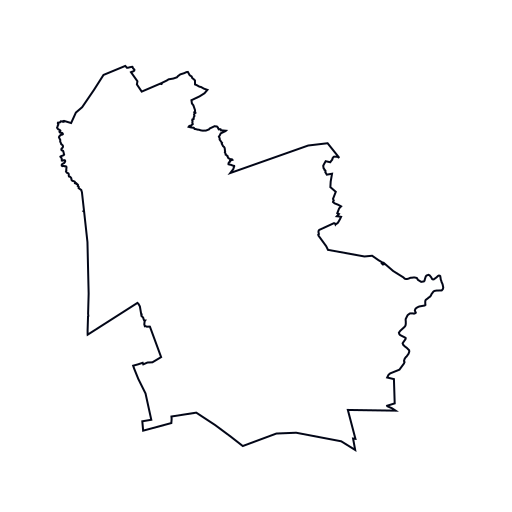 Rayón, San Luis Potosí, Mexico, rotated 263°
{"feature_id": "50627088B63046987106360", "entity_name": "Rayón", "entity_type": "district", "adm_level": 2, "iso_a3": "MEX", "parent_name": "Mexico", "parent_adm1": "San Luis Potosí", "projection": "natural_earth1", "projection_center": [-99.555, 21.802], "detail": "fine", "context": "isolated", "style": "outline", "palette": "ink", "viewbox_px": 512, "rotation_deg": 263, "n_neighbors": 0, "source": "geoboundaries", "source_scale": "gbopen_adm2", "svg_char_len": 6025}
<svg xmlns="http://www.w3.org/2000/svg" viewBox="0 0 512 512"><g transform="rotate(263 256 256)"><path d="M410.5,88.7L413.5,81.9L413.4,81.2L412.7,81.3L412.7,80.9L413.5,78.8L412.8,78.0L412.4,77.4L412.5,75.7L412.1,75.5L411.5,75.5L411.1,75.7L410.4,75.8L409.7,75.2L408.2,74.6L407.6,74.2L406.8,74.5L405.6,75.4L405.2,76.4L404.3,77.1L403.6,76.8L403.2,76.1L402.6,76.3L402.2,76.9L401.8,78.5L401.4,78.7L401.1,79.1L400.4,79.1L400.1,78.5L399.9,76.7L399.4,76.3L399.1,75.7L398.5,75.2L397.9,74.9L396.2,75.4L395.5,75.8L394.6,75.8L393.4,75.6L391.3,76.3L390.7,76.3L390.2,76.9L389.5,77.5L388.7,77.8L387.8,77.7L387.0,77.1L386.3,76.2L385.8,75.8L385.1,75.8L384.6,76.0L383.9,77.3L383.3,77.5L380.0,77.9L379.5,77.3L379.2,76.3L378.9,74.9L378.5,74.0L378.0,74.1L377.4,74.6L376.6,75.0L374.4,74.9L374.2,75.7L374.5,76.6L374.4,77.7L374.1,78.1L373.4,78.2L372.6,77.8L372.1,77.3L371.7,77.0L370.9,75.0L370.6,74.6L370.2,74.3L369.4,74.2L368.8,74.7L368.8,75.8L368.7,76.5L368.3,77.1L368.3,78.0L367.9,78.6L367.0,78.7L364.9,78.2L364.0,78.2L363.3,77.7L362.6,77.9L361.7,78.4L360.9,79.8L360.2,80.1L359.5,80.1L358.5,79.9L357.7,80.1L357.3,81.1L356.4,81.8L355.8,82.1L354.0,82.2L353.4,82.5L352.9,83.1L352.5,84.1L351.9,85.1L351.0,85.5L350.3,85.2L350.1,85.5L350.1,86.5L349.3,86.7L349.1,87.4L348.2,88.0L347.2,87.6L346.7,88.2L346.2,88.5L345.0,88.2L342.8,90.6L340.4,91.0L321.8,90.8L321.5,90.2L320.8,90.8L290.3,90.4L239.0,85.3L219.1,82.3L216.9,82.3L216.7,82.2L216.5,81.9L215.7,81.8L202.8,79.8L198.5,79.3L198.4,79.3L223.9,132.6L222.6,133.6L220.1,134.6L211.7,135.0L211.7,135.3L210.5,135.0L208.6,136.5L207.2,136.7L205.8,137.1L205.6,137.5L205.5,138.1L204.8,137.5L201.8,136.8L199.9,137.1L200.0,137.5L199.2,138.9L199.0,140.5L199.0,141.3L198.8,142.1L167.2,149.5L163.1,140.2L163.5,135.3L162.2,130.9L163.8,130.5L162.8,125.5L162.1,120.7L159.2,121.3L148.3,124.2L133.0,129.6L106.2,132.1L105.8,123.0L96.4,122.7L100.5,151.6L104.5,152.4L107.0,152.5L107.8,177.6L93.3,194.7L79.6,209.1L69.0,219.7L77.3,254.6L75.7,274.3L61.7,318.0L51.4,330.8L63.0,330.1L62.4,332.4L92.0,328.4L85.5,375.7L88.3,372.4L90.9,368.0L91.4,367.9L92.8,375.7L117.0,377.9L119.4,371.4L121.7,372.9L122.0,373.2L123.1,374.8L125.7,384.5L131.2,389.7L131.3,389.7L132.6,390.5L133.7,390.1L134.3,390.3L136.0,391.1L137.5,392.5L137.8,393.1L140.4,395.5L142.5,396.5L143.8,396.5L146.5,394.4L148.4,392.4L149.2,391.9L149.8,391.3L151.5,390.9L152.8,392.0L155.1,394.1L155.7,394.5L156.5,394.5L157.3,393.4L159.3,390.4L160.2,389.2L161.1,388.7L162.5,388.5L164.2,390.1L167.4,394.6L168.0,395.3L168.8,395.9L170.4,396.4L173.0,396.7L174.0,396.7L175.2,396.9L178.1,398.8L178.9,399.4L180.2,401.7L180.2,402.2L179.9,404.7L179.5,405.8L179.7,406.2L179.7,406.7L180.0,407.5L180.3,407.7L182.4,407.0L183.4,407.4L184.3,408.0L185.0,409.1L185.7,410.8L186.0,412.0L186.3,417.4L186.8,418.2L188.2,418.2L190.5,418.5L191.3,418.8L191.8,419.2L193.2,421.7L193.7,422.2L194.1,423.3L195.3,424.7L196.7,425.5L199.0,427.7L199.4,428.4L199.6,429.2L199.7,431.0L199.2,436.1L199.4,436.4L200.5,437.5L201.9,438.0L204.7,437.8L205.8,437.6L207.6,437.0L208.6,436.9L210.1,436.5L211.7,436.5L213.6,436.4L214.1,435.9L214.3,435.0L214.0,434.2L212.7,432.4L211.1,429.5L211.2,428.7L211.7,428.0L213.5,427.3L215.6,426.0L216.3,424.9L216.1,424.2L216.0,423.4L215.7,422.7L215.0,422.0L212.2,420.7L211.0,420.3L210.3,419.5L210.2,416.8L212.5,413.9L214.6,412.9L215.4,410.7L215.5,409.3L215.4,408.0L215.6,407.3L215.4,406.0L215.1,405.2L214.8,403.7L214.8,402.6L215.1,401.3L215.5,400.7L216.8,399.7L224.3,390.4L233.2,382.3L232.2,381.9L232.1,380.9L233.4,379.9L234.2,380.6L236.9,377.1L242.1,371.3L242.3,363.6L253.2,328.6L253.3,328.2L257.1,326.9L268.6,320.5L269.6,320.4L270.1,321.1L272.3,320.9L273.5,321.3L274.2,322.0L279.1,337.4L278.8,338.1L278.4,338.3L278.2,338.7L277.6,338.8L277.8,339.0L278.7,341.0L280.1,342.2L282.4,343.9L284.5,345.2L285.0,343.7L285.6,341.1L287.6,343.4L288.6,341.9L293.1,344.3L294.9,346.5L296.9,343.7L298.7,340.4L300.2,339.0L300.8,339.2L301.5,339.9L303.3,339.4L310.0,343.0L315.3,338.2L320.8,339.2L328.4,341.5L328.1,336.2L330.8,335.0L331.9,335.4L332.8,335.0L333.2,334.4L334.1,334.3L334.8,333.8L337.3,333.7L338.6,334.5L341.6,336.7L340.0,341.1L341.6,342.6L342.3,343.4L343.7,343.9L344.9,345.1L345.1,345.6L344.6,348.8L343.3,350.6L359.2,340.8L359.3,321.3L341.5,240.6L345.1,244.1L346.3,244.6L347.6,245.3L348.1,245.3L348.5,244.1L349.6,242.1L350.0,240.8L350.4,239.9L351.3,240.0L352.2,240.5L352.8,241.7L353.7,241.8L354.3,244.3L354.9,243.9L355.3,242.1L356.1,241.1L356.4,240.6L357.3,240.1L358.6,240.0L358.8,239.8L358.8,239.6L359.6,239.1L360.3,238.2L361.2,238.3L362.8,237.7L363.5,238.1L364.7,238.0L365.4,238.1L366.0,238.0L366.8,238.1L368.1,237.6L368.7,237.0L369.2,236.6L370.7,236.1L371.3,235.8L371.6,235.9L372.1,235.7L372.5,236.0L372.6,235.9L376.0,234.1L377.2,234.3L379.0,233.7L380.2,234.8L382.0,235.9L383.7,241.0L384.0,241.4L384.8,237.7L384.9,236.6L386.1,236.3L386.2,236.1L386.3,235.3L386.1,234.6L386.3,234.4L386.9,234.3L387.6,233.9L388.1,233.9L389.3,233.0L389.4,232.7L389.6,231.6L389.9,230.8L388.2,225.6L387.4,224.8L386.6,221.6L386.9,218.4L387.4,216.6L388.3,214.7L388.5,213.6L389.4,211.4L389.6,210.5L390.7,210.0L391.0,209.5L391.2,208.1L391.6,207.6L391.6,206.9L392.4,204.9L393.0,205.4L393.3,206.0L393.3,207.2L394.6,209.3L394.8,209.3L396.0,209.0L397.1,209.4L398.3,209.2L399.3,209.5L399.4,209.8L399.3,210.5L399.5,210.8L401.3,211.1L402.5,212.0L403.3,211.9L403.7,211.7L404.3,211.9L404.9,212.3L405.4,213.2L406.3,212.3L407.1,213.2L408.5,213.2L413.2,212.2L415.2,211.0L418.5,210.9L421.3,219.4L423.8,224.7L426.8,228.0L428.5,224.6L430.4,222.1L431.0,220.4L432.8,218.0L433.7,216.4L437.7,216.8L439.1,215.7L440.4,214.4L442.0,214.0L443.5,212.2L447.0,210.8L447.0,209.4L446.2,206.9L445.5,203.0L444.0,200.4L443.0,199.3L442.2,195.5L442.0,190.8L441.0,188.7L439.4,184.0L438.2,183.2L438.2,182.9L438.3,182.7L438.9,182.5L433.1,162.6L440.8,158.7L443.9,159.6L453.7,154.3L453.9,154.8L454.2,156.6L454.6,157.4L454.9,157.8L455.8,158.0L457.1,157.0L457.6,156.7L458.7,156.5L458.9,156.3L458.7,153.3L458.5,152.5L458.5,150.9L460.6,149.4L454.3,126.7L440.6,115.4L424.9,101.6L420.3,94.7L410.5,88.7Z" fill="none" stroke="#020617" stroke-width="2"/></g></svg>